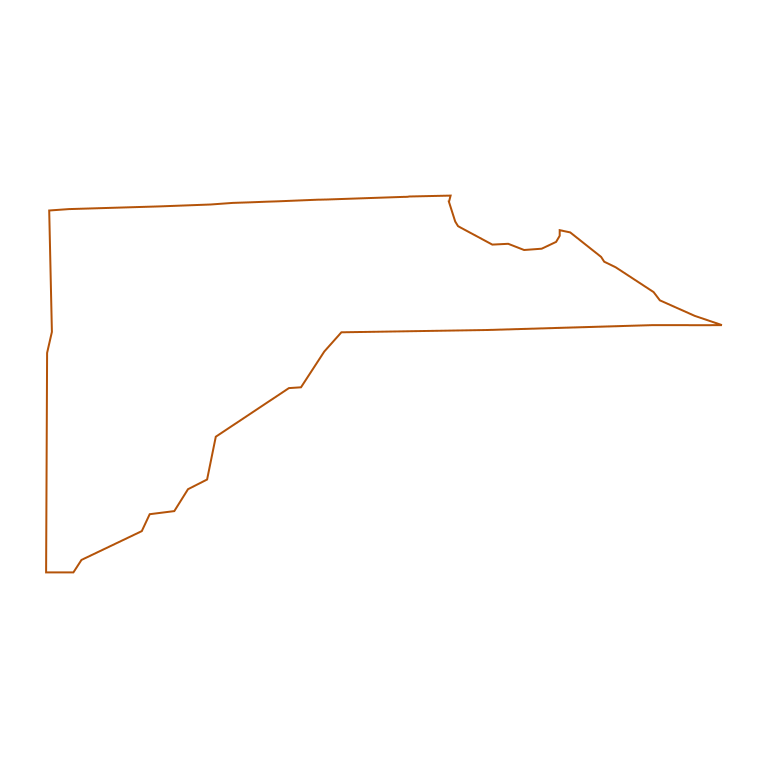 outline of Lucas, Ohio, United States of America
{"feature_id": "52423323B77631375313133", "entity_name": "Lucas", "entity_type": "district", "adm_level": 2, "iso_a3": "USA", "parent_name": "United States of America", "parent_adm1": "Ohio", "projection": "natural_earth1", "projection_center": [-83.542, 41.574], "detail": "fine", "context": "isolated", "style": "outline", "palette": "amber", "viewbox_px": 768, "rotation_deg": 0, "n_neighbors": 0, "source": "geoboundaries", "source_scale": "gbopen_adm2", "svg_char_len": 850}
<svg xmlns="http://www.w3.org/2000/svg" viewBox="0 0 768 768"><path d="M46.5,485.8L46.1,572.4L73.4,572.4L81.5,559.9L141.8,531.1L149.7,514.2L174.3,511.1L188.0,489.2L207.1,479.5L215.8,436.7L288.9,388.1L301.0,387.3L324.3,351.5L341.4,332.3L486.3,330.0L653.5,325.1L706.2,325.2L721.9,325.1L694.8,315.9L674.8,307.0L659.8,300.3L659.0,299.2L653.6,292.1L615.7,267.3L604.2,261.7L601.1,256.9L570.2,232.4L559.7,230.2L559.7,235.8L556.1,241.9L541.7,248.7L524.1,250.0L508.2,243.8L492.3,244.6L461.2,227.9L458.5,226.4L458.0,226.1L455.2,221.5L448.9,201.7L449.0,201.7L450.6,195.6L409.3,196.5L407.4,196.8L403.9,196.9L403.1,196.9L327.0,199.5L326.7,199.5L318.9,199.7L317.6,199.7L278.6,201.3L275.8,201.4L266.4,201.7L251.0,202.3L232.8,202.9L210.6,204.5L159.6,206.4L68.8,209.1L49.2,210.5L51.9,331.9L47.1,352.9L46.5,485.8Z" fill="none" stroke="#b45309" stroke-width="2"/></svg>